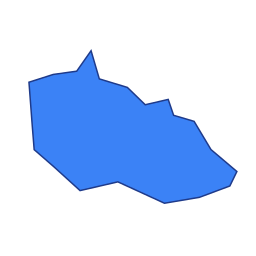 an SVG outline of Victoria, rotated 167°
{"feature_id": "MLT-5982", "entity_name": "Victoria", "entity_type": "state/province", "adm_level": 1, "iso_a3": "MLT", "parent_name": "Malta", "parent_adm1": "", "projection": "orthographic", "projection_center": [14.242, 36.04], "detail": "fine", "context": "isolated", "style": "filled", "palette": "blue", "viewbox_px": 256, "rotation_deg": 167, "n_neighbors": 0, "source": "natural_earth", "source_scale": "10m", "svg_char_len": 408}
<svg xmlns="http://www.w3.org/2000/svg" viewBox="0 0 256 256"><g transform="rotate(167 128 128)"><path d="M82.4,146.8L80.7,130.1L62.1,119.6L52.0,88.3L31.7,61.1L41.8,48.6L73.9,44.4L109.4,46.5L150.0,77.8L188.8,77.8L209.1,107.1L224.3,128.0L220.9,151.0L214.2,194.9L188.8,197.0L165.2,194.9L146.6,211.6L144.9,182.3L119.5,167.7L106.0,146.8L82.4,146.8Z" fill="#3b82f6" stroke="#1e3a8a" stroke-width="1.5"/></g></svg>